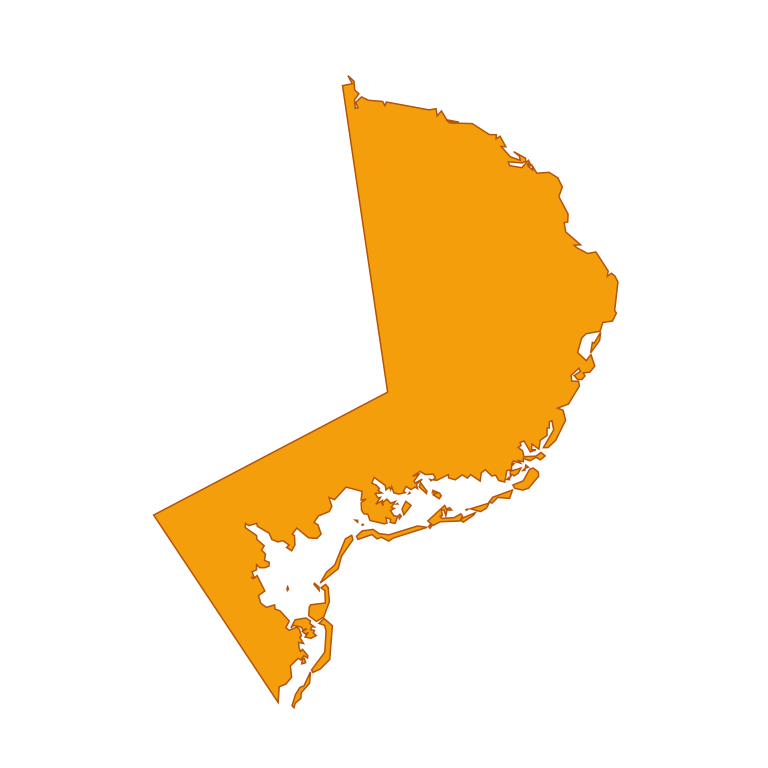 the district of North New Georgia, Western, Solomon Islands, rotated 83°
{"feature_id": "97153195B59663356998763", "entity_name": "North New Georgia", "entity_type": "district", "adm_level": 2, "iso_a3": "SLB", "parent_name": "Solomon Islands", "parent_adm1": "Western", "projection": "orthographic", "projection_center": [157.587, -8.128], "detail": "fine", "context": "isolated", "style": "filled", "palette": "amber", "viewbox_px": 768, "rotation_deg": 83, "n_neighbors": 0, "source": "geoboundaries", "source_scale": "gbopen_adm2", "svg_char_len": 6192}
<svg xmlns="http://www.w3.org/2000/svg" viewBox="0 0 768 768"><g transform="rotate(83 384 384)"><path d="M82.8,388.8L392.5,381.4L486.0,628.6L687.2,527.9L671.7,524.9L669.9,518.0L663.7,511.4L652.4,511.3L645.8,502.7L647.7,500.2L643.9,496.7L646.7,493.3L644.5,492.7L637.4,497.2L639.3,499.6L635.0,500.5L630.1,500.2L631.7,495.5L625.1,498.6L624.0,496.7L617.0,497.9L614.7,500.4L616.9,508.3L613.8,511.1L607.7,506.9L596.4,514.9L594.1,519.6L589.9,519.5L591.3,528.0L586.6,533.0L578.7,534.4L574.9,527.5L558.7,533.3L561.2,537.3L559.7,539.7L560.5,536.5L554.3,537.8L552.9,533.1L547.8,532.5L551.2,529.7L551.8,524.7L550.8,520.4L547.0,519.6L544.5,524.1L538.4,522.3L534.0,525.7L529.9,522.6L522.9,529.0L518.8,529.0L509.6,539.2L505.5,538.4L508.1,535.4L506.8,527.3L509.7,527.1L518.2,516.1L524.5,514.4L527.8,508.6L527.2,503.4L532.2,497.9L534.4,500.6L538.3,496.0L532.9,492.0L523.4,491.3L522.0,493.4L516.4,488.1L527.5,477.6L529.1,469.4L525.3,464.7L515.8,466.7L512.7,470.3L506.9,465.1L503.9,453.9L499.1,450.7L489.8,452.5L492.8,447.3L481.7,434.2L487.9,418.9L496.5,420.9L496.0,415.7L498.9,421.1L506.4,421.7L510.3,419.9L511.4,415.9L517.7,414.6L522.9,400.7L522.3,397.9L516.8,398.3L519.1,393.9L522.1,394.8L523.7,390.0L517.1,386.6L515.8,390.4L510.4,393.0L508.8,389.0L507.4,391.8L502.0,387.2L503.2,391.9L498.6,395.2L501.6,399.9L504.6,399.5L502.1,400.7L499.5,399.8L502.4,406.8L496.1,401.2L496.1,404.1L491.6,406.0L491.9,399.3L488.9,402.9L487.3,401.3L483.6,403.8L481.0,408.2L475.5,405.2L484.9,395.1L489.4,395.0L487.1,391.3L489.9,390.3L486.9,388.9L493.2,387.5L495.1,382.8L494.4,376.1L492.6,377.7L488.4,374.5L492.0,370.1L490.1,365.6L491.9,363.5L487.5,364.0L483.1,357.6L486.0,365.1L484.2,366.1L477.7,360.2L479.1,366.8L475.1,358.8L478.9,354.1L479.5,346.0L483.7,344.4L485.0,347.4L486.0,343.1L481.7,331.2L485.0,331.4L487.8,325.0L483.7,317.5L487.6,312.6L484.5,309.1L492.1,300.4L484.0,298.3L481.5,293.8L488.5,288.2L488.1,284.3L493.8,281.9L496.0,276.1L484.9,272.6L484.5,267.8L479.1,267.2L476.1,265.0L479.2,258.1L476.3,260.0L478.1,255.2L474.8,254.8L478.0,248.6L475.3,242.1L478.3,238.0L475.0,232.8L471.0,236.5L474.1,242.0L473.2,254.0L467.3,254.6L463.2,258.6L461.8,255.5L458.7,256.1L457.6,252.0L469.3,246.9L467.8,241.2L467.1,245.7L461.7,244.4L467.6,238.2L459.0,235.8L455.0,228.5L447.6,227.5L447.8,225.3L441.6,224.5L440.9,221.8L450.2,221.2L466.6,233.6L467.1,228.9L460.9,220.5L442.1,208.2L431.9,209.4L429.1,214.7L426.4,203.4L409.8,190.3L405.0,190.5L404.0,197.3L398.2,197.2L392.1,188.6L395.5,187.5L398.8,194.3L403.0,191.4L403.7,187.1L400.5,183.5L397.3,184.9L397.3,178.2L392.0,172.6L380.0,175.0L385.5,180.4L376.3,188.0L362.4,182.1L358.7,177.1L358.0,163.1L349.6,159.3L349.4,149.6L342.0,144.7L339.1,146.1L311.4,139.4L305.2,141.5L301.8,144.7L304.3,149.3L299.2,147.7L278.8,157.6L279.3,166.0L272.2,176.1L269.5,178.4L269.8,171.9L255.2,185.1L245.8,185.5L245.6,181.9L237.8,180.6L219.3,187.6L210.1,183.0L200.6,186.4L194.0,194.4L193.4,206.6L185.7,210.1L189.7,210.5L185.6,214.2L183.5,214.7L182.7,213.5L184.7,214.2L185.3,211.3L179.6,213.4L186.1,220.8L182.6,232.7L178.6,233.6L181.4,220.0L180.3,216.1L177.1,216.0L169.2,227.0L174.2,221.9L178.6,221.5L173.8,231.1L162.5,238.8L163.4,234.2L152.3,238.6L154.3,242.9L150.3,242.1L149.2,249.2L136.3,264.7L132.9,287.0L130.9,288.8L133.2,277.7L129.4,289.5L120.0,293.7L124.3,298.5L117.1,298.8L117.4,305.9L104.4,347.3L107.9,349.2L103.4,350.9L100.5,364.8L96.3,371.3L101.1,377.9L106.6,376.0L106.9,378.9L98.4,378.7L92.8,373.5L88.8,377.2L79.8,376.9L73.6,382.2L82.1,378.9L82.8,388.8ZM661.6,489.7L659.0,481.8L650.7,471.4L617.6,464.7L609.4,472.1L613.7,477.7L616.3,472.4L622.2,471.6L643.0,475.5L659.0,490.8L661.6,489.7ZM540.5,398.6L537.9,393.1L531.5,358.5L529.0,368.0L534.3,397.4L532.0,406.9L527.0,412.6L527.1,423.6L531.8,429.9L535.1,428.8L532.0,414.3L536.9,409.8L535.8,405.2L540.5,398.6ZM611.4,480.0L607.8,472.2L593.3,464.7L579.3,464.2L575.8,466.5L578.6,471.3L581.9,467.9L594.2,468.9L594.2,483.7L596.7,485.5L604.8,486.9L611.4,480.0ZM506.2,259.2L505.1,253.3L494.4,241.7L490.1,241.6L485.6,246.1L486.3,249.8L497.1,257.6L500.0,268.4L503.5,266.9L506.2,259.2ZM530.4,352.6L527.6,344.8L529.2,325.5L525.0,322.2L522.2,323.5L525.2,330.7L524.5,342.7L522.2,344.5L521.6,342.1L516.0,342.4L516.4,339.8L522.3,338.7L516.9,336.9L517.3,332.2L514.7,334.0L515.7,337.2L511.9,338.6L525.2,357.2L530.4,352.6ZM573.8,471.6L561.8,452.0L549.6,447.1L534.8,433.8L530.2,434.5L533.0,441.2L557.7,455.0L563.9,464.1L573.8,471.6ZM627.5,487.6L625.4,481.9L622.4,484.5L620.1,483.0L619.0,486.7L616.3,485.7L616.6,482.7L612.7,486.9L610.1,485.9L606.7,490.1L607.2,500.9L614.6,506.1L612.6,503.0L615.4,495.4L618.2,494.6L617.4,490.2L619.6,495.2L622.6,492.5L621.3,489.3L625.5,493.2L627.5,487.6ZM694.4,512.8L689.9,511.0L686.0,504.9L680.4,503.8L671.9,494.3L660.8,492.1L673.8,500.2L674.9,504.4L681.3,509.6L692.0,514.5L694.4,512.8ZM515.4,291.3L510.4,284.9L512.9,273.3L504.9,269.4L509.6,289.8L513.8,294.0L515.4,291.3ZM516.2,380.2L507.8,371.9L503.1,376.7L510.4,381.4L516.2,380.2ZM522.4,303.6L519.7,297.5L515.0,294.2L518.4,313.4L522.4,303.6ZM378.2,175.1L367.1,164.7L359.1,162.7L369.3,170.6L368.1,172.1L378.2,175.1ZM530.8,322.1L524.9,310.8L522.8,309.0L526.7,322.6L528.9,324.4L530.8,322.1ZM491.8,269.9L489.3,268.1L491.0,266.1L489.0,261.7L484.1,258.3L486.1,269.4L491.8,269.9ZM504.6,343.2L502.0,340.8L499.1,342.1L495.5,348.3L497.8,349.3L499.0,345.5L500.0,348.7L504.6,343.2ZM497.9,355.2L495.8,354.5L486.3,359.7L490.4,361.6L497.9,355.2ZM651.7,499.8L651.1,495.7L646.6,496.6L646.4,498.1L651.7,499.8ZM581.0,473.5L577.6,473.3L573.3,477.3L574.3,477.9L581.0,473.5ZM519.6,385.2L517.3,383.0L515.3,384.1L516.2,385.6L519.6,385.2ZM532.8,355.9L530.9,354.2L529.2,355.5L531.0,357.1L532.8,355.9ZM493.7,273.7L494.3,271.2L492.0,271.6L493.7,273.7ZM486.8,256.8L486.9,254.7L485.1,254.5L486.8,256.8ZM515.6,429.2L518.0,427.0L516.1,426.7L515.6,429.2ZM484.8,254.1L484.2,250.9L481.8,253.1L484.8,254.1ZM577.2,505.1L576.1,503.8L573.4,504.3L574.9,505.2L577.2,505.1ZM480.1,266.0L478.7,264.5L478.9,266.3L480.1,266.0ZM521.7,423.5L521.3,421.6L520.5,422.1L521.7,423.5ZM519.4,317.7L518.3,315.4L518.6,317.9L519.4,317.7ZM495.9,372.8L495.5,371.4L494.7,371.9L495.9,372.8ZM504.6,386.3L504.8,384.9L504.2,385.3L504.6,386.3ZM485.8,349.3L485.1,348.1L484.3,350.0L485.8,349.3Z" fill="#f59e0b" stroke="#b45309" stroke-width="1.5"/></g></svg>